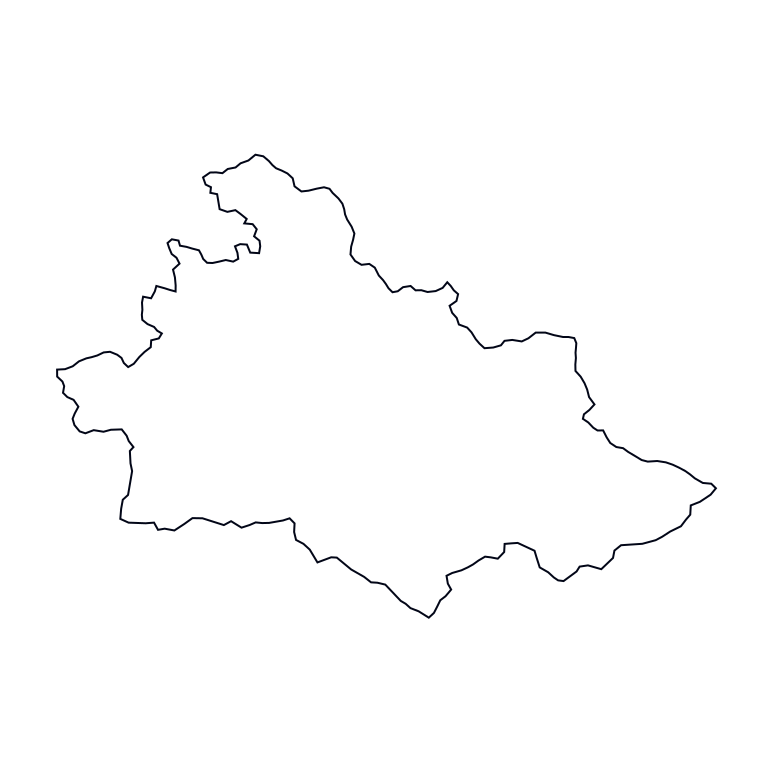 Poços de Caldas, Minas Gerais, Brazil, rotated 267°
{"feature_id": "56859067B58227572587527", "entity_name": "Poços de Caldas", "entity_type": "district", "adm_level": 2, "iso_a3": "BRA", "parent_name": "Brazil", "parent_adm1": "Minas Gerais", "projection": "robinson", "projection_center": [-46.542, -21.82], "detail": "fine", "context": "isolated", "style": "outline", "palette": "ink", "viewbox_px": 768, "rotation_deg": 267, "n_neighbors": 0, "source": "geoboundaries", "source_scale": "gbopen_adm2", "svg_char_len": 3710}
<svg xmlns="http://www.w3.org/2000/svg" viewBox="0 0 768 768"><g transform="rotate(267 384 384)"><path d="M352.6,593.1L360.2,588.1L367.8,586.6L374.3,584.3L381.0,580.8L387.0,575.9L393.5,576.1L399.9,577.0L405.2,576.9L410.0,577.6L414.7,578.2L419.9,576.4L421.3,570.6L421.6,565.1L423.9,556.3L426.9,547.8L427.4,538.2L422.1,530.6L419.3,523.8L421.3,514.4L420.8,506.6L416.5,502.8L414.7,495.0L414.5,486.2L419.3,481.5L423.9,478.0L431.0,474.1L436.0,470.0L439.5,461.9L446.1,460.1L451.5,455.8L458.7,453.6L463.1,460.7L469.9,462.7L473.9,458.6L478.4,455.8L482.3,452.5L476.9,447.6L474.1,440.5L473.6,432.3L475.7,426.2L475.9,420.4L480.5,415.7L479.7,408.1L475.9,402.6L475.2,397.3L479.4,393.5L483.8,391.1L487.8,388.5L492.6,384.5L500.7,380.9L504.7,375.6L504.2,367.8L508.3,361.6L515.1,357.3L522.9,358.4L529.7,360.7L535.8,362.3L542.8,359.9L550.2,355.8L555.4,354.0L560.6,353.4L566.2,351.9L571.7,348.2L577.5,342.7L581.8,339.8L583.6,334.4L582.6,327.1L581.0,318.7L580.6,311.6L586.1,305.0L594.2,303.6L599.3,298.6L602.5,293.0L605.1,287.5L608.5,284.0L612.6,280.8L617.7,275.4L619.7,267.6L614.3,260.3L611.9,252.3L608.0,247.1L606.9,239.2L603.0,233.7L604.1,227.5L604.3,221.4L599.8,214.1L592.5,216.3L589.6,221.5L584.0,220.6L582.3,227.3L575.1,228.1L567.2,229.0L564.1,236.6L565.4,244.7L561.4,249.5L556.0,255.5L551.7,252.9L550.5,261.2L545.2,265.0L538.3,262.0L533.6,267.2L528.0,267.6L521.2,266.1L522.2,257.3L530.4,254.4L531.2,247.7L529.3,242.4L522.7,244.5L516.6,245.0L514.1,239.8L516.1,232.5L514.8,225.5L513.8,219.1L514.3,213.7L518.3,210.0L522.9,208.3L527.2,206.2L529.3,199.5L531.3,193.9L532.8,187.5L538.0,186.3L539.6,179.7L536.1,175.2L531.0,176.6L524.9,178.8L520.9,183.4L514.9,186.1L509.3,179.3L501.4,180.8L493.3,181.1L487.3,180.7L489.1,175.2L491.1,169.9L493.8,161.8L488.5,160.0L481.8,155.9L483.8,148.0L478.0,146.6L470.7,146.6L465.8,145.8L460.7,146.0L456.2,151.0L453.0,157.4L449.1,160.3L446.1,164.8L441.3,161.5L439.8,153.8L433.0,153.0L428.6,146.6L423.8,141.1L417.3,135.2L414.3,129.4L418.6,125.3L423.8,123.2L427.2,119.1L430.5,112.1L430.2,105.7L427.5,99.2L426.1,93.4L425.2,88.1L422.6,80.6L418.0,74.1L415.5,66.3L415.5,58.3L408.5,58.0L403.3,63.0L398.6,64.5L392.0,63.0L387.5,67.1L384.4,73.2L377.3,77.6L370.7,73.6L365.5,71.2L359.2,72.7L352.6,77.6L350.4,83.2L353.1,91.7L351.0,101.4L352.6,108.9L352.4,119.7L345.8,124.3L340.4,126.1L334.1,130.5L330.4,126.7L323.9,126.7L318.0,126.7L310.2,127.9L286.6,122.6L282.1,117.1L273.2,115.0L263.1,113.6L258.9,121.7L257.4,138.7L257.6,147.1L250.2,150.7L251.0,157.4L248.7,167.0L254.7,177.3L260.1,185.7L259.4,195.7L251.5,216.7L255.0,224.1L248.0,234.2L250.2,242.4L252.5,248.6L251.5,255.1L251.3,262.0L253.0,276.0L254.8,282.7L249.5,287.4L240.9,286.5L232.9,288.0L228.6,295.2L222.5,301.2L209.3,308.2L213.7,322.2L213.1,327.8L200.5,341.5L192.4,354.1L186.6,360.7L185.9,367.0L183.6,374.8L166.5,389.4L163.4,394.1L158.8,398.7L155.2,406.7L148.3,416.5L152.8,421.9L158.8,425.4L165.1,428.9L168.9,434.4L175.2,440.3L181.3,437.3L189.2,436.4L191.7,442.2L193.9,451.6L196.5,458.1L199.1,463.4L202.8,469.2L206.3,475.9L205.3,481.5L203.6,488.5L209.9,495.2L218.0,496.1L218.2,502.5L218.3,509.2L209.6,525.6L202.6,527.3L192.7,529.9L187.4,538.1L181.9,543.5L178.8,547.6L177.8,553.0L186.7,566.5L191.4,569.8L192.2,578.2L187.7,591.3L198.3,603.6L205.6,605.4L210.6,612.3L210.9,633.6L213.8,647.1L216.9,653.8L221.7,662.1L226.4,673.1L232.7,678.4L237.5,683.0L246.7,684.0L249.8,693.3L256.4,704.4L262.5,710.0L267.3,705.6L268.5,697.2L273.5,689.5L277.8,684.8L281.4,680.2L285.1,674.1L288.3,668.1L291.0,661.4L292.8,652.8L292.7,643.3L294.6,637.3L298.3,631.9L303.3,624.4L307.4,619.4L308.9,612.7L313.2,606.9L319.0,603.6L326.2,600.4L326.4,594.8L329.4,590.7L334.9,586.0L338.8,580.8L343.3,582.1L347.3,587.7L352.6,593.1Z" fill="none" stroke="#020617" stroke-width="2"/></g></svg>